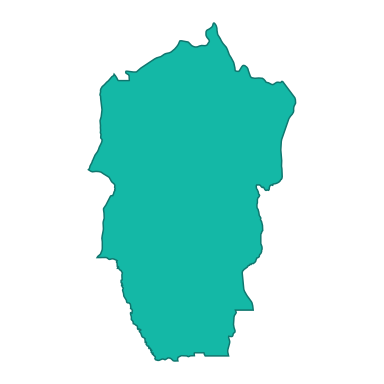 outline of Bandundu
{"feature_id": "COD-1871", "entity_name": "Bandundu", "entity_type": "Province", "adm_level": 1, "iso_a3": "COD", "parent_name": "Democratic Republic of the Congo", "parent_adm1": "", "projection": "robinson", "projection_center": [18.46, -4.427], "detail": "fine", "context": "isolated", "style": "filled", "palette": "teal", "viewbox_px": 384, "rotation_deg": 0, "n_neighbors": 0, "source": "natural_earth", "source_scale": "10m", "svg_char_len": 5981}
<svg xmlns="http://www.w3.org/2000/svg" viewBox="0 0 384 384"><path d="M100.5,125.5L100.1,121.2L100.1,120.5L101.2,116.6L102.0,109.8L100.7,98.8L100.6,96.6L100.5,95.9L100.1,95.3L100.0,94.6L100.6,91.8L100.5,90.1L100.8,89.0L101.3,88.1L102.2,86.6L104.4,84.7L106.7,82.2L108.4,80.8L111.9,76.7L113.7,75.5L114.1,74.2L115.4,75.8L116.7,77.8L117.8,80.1L118.3,80.5L119.0,80.6L128.8,80.6L129.3,80.5L129.1,75.7L128.5,74.7L126.3,73.4L125.9,73.0L125.7,72.0L126.1,71.2L127.3,71.2L133.3,72.0L135.2,72.0L136.5,71.9L140.8,68.1L154.5,59.0L156.6,57.9L160.9,56.6L164.4,54.2L165.8,53.6L169.4,52.8L171.1,52.0L174.6,49.1L176.8,46.6L178.3,44.4L179.6,41.4L179.9,40.9L180.4,40.8L181.6,40.8L188.0,42.0L188.5,42.3L191.2,45.1L191.7,45.6L193.2,46.4L195.0,47.0L197.3,46.9L199.5,46.0L201.7,45.5L205.0,45.7L206.6,45.3L207.4,44.5L208.3,43.0L209.0,42.0L209.3,41.5L209.3,40.8L208.8,39.6L207.0,37.4L206.2,35.8L206.0,35.0L206.0,32.7L206.1,31.6L206.6,30.6L207.1,30.1L209.6,28.8L211.7,27.2L212.5,26.1L213.2,23.7L213.5,23.2L214.0,23.0L214.6,23.4L215.5,24.5L216.3,26.0L216.9,28.2L217.0,30.4L217.6,34.0L217.8,34.7L220.3,38.7L221.4,41.0L223.0,43.5L226.3,47.3L227.4,49.6L229.3,54.8L231.2,57.8L233.5,62.1L233.9,63.3L234.9,67.9L235.1,70.2L235.3,70.7L236.3,71.2L238.3,71.4L238.8,71.3L239.6,70.4L241.6,67.0L242.5,65.9L243.1,65.5L243.8,65.4L244.9,65.7L246.7,67.1L247.4,68.0L247.9,68.9L248.4,70.8L250.3,76.2L251.1,77.3L251.6,77.7L254.8,78.3L258.8,78.0L262.4,78.3L263.7,79.2L265.0,80.6L265.8,81.8L266.3,82.3L268.5,82.8L271.1,84.2L272.1,84.5L272.8,84.6L273.4,84.4L276.5,82.4L277.9,82.2L280.4,82.6L280.9,82.4L281.6,81.5L282.1,81.4L282.8,81.7L294.8,97.7L295.4,99.6L295.6,103.1L294.0,106.4L293.8,107.2L293.6,109.0L293.7,110.8L293.4,112.2L292.3,114.1L290.4,116.3L288.9,118.6L281.7,139.4L281.3,141.5L280.8,149.9L281.7,160.7L281.5,166.2L281.9,168.8L282.2,176.7L281.9,178.4L281.4,179.3L280.9,179.4L280.2,180.8L279.0,182.0L277.5,182.9L275.7,183.6L273.4,184.0L272.9,184.3L272.7,185.3L272.4,185.3L271.7,184.9L270.7,185.2L270.0,185.8L269.6,186.7L269.3,187.8L269.2,189.2L268.6,190.3L268.4,190.3L267.6,190.0L266.1,190.4L265.6,190.3L264.9,189.6L263.8,187.7L263.0,187.1L262.3,187.5L261.5,186.9L260.2,185.3L259.2,184.9L256.6,185.0L256.3,185.7L256.2,186.4L256.5,188.6L257.3,189.7L258.3,192.0L258.6,194.0L259.3,194.7L259.6,195.3L259.0,196.8L258.0,197.7L257.4,199.5L257.4,202.9L257.0,204.0L256.9,205.8L257.0,207.5L257.2,208.1L258.1,209.6L258.4,210.9L258.7,211.8L259.3,215.5L260.7,217.7L260.8,218.2L260.5,219.4L260.6,220.0L261.5,221.4L262.5,225.4L262.7,230.6L262.4,231.0L261.9,231.4L261.5,233.0L260.9,234.0L260.8,234.9L260.8,243.6L261.9,246.5L262.1,248.1L262.0,249.5L261.6,250.2L261.6,251.6L261.2,252.7L260.8,253.5L259.6,254.7L259.2,256.7L258.2,257.5L256.9,258.0L256.1,259.7L255.7,261.2L254.8,262.4L253.2,263.6L252.1,263.5L251.7,263.7L251.0,264.5L250.2,264.2L249.4,265.3L248.3,265.6L247.1,267.3L246.3,267.7L245.8,268.3L244.3,269.2L243.2,270.5L242.6,271.1L242.2,272.8L243.8,289.3L244.5,291.3L246.9,295.5L251.4,301.7L252.0,302.9L252.7,305.7L253.2,310.1L235.4,310.1L236.2,312.4L236.0,313.1L234.4,315.6L234.0,317.1L233.5,324.5L234.0,327.5L235.0,330.6L235.0,332.0L233.8,333.1L233.2,333.9L232.8,335.7L232.2,336.4L231.4,336.6L228.7,336.3L228.6,337.5L229.7,341.2L229.7,342.3L229.5,343.5L227.8,349.8L227.7,351.2L227.8,352.4L228.6,355.9L205.2,355.9L204.3,354.3L204.1,353.0L203.7,352.8L194.8,352.8L194.3,353.1L194.2,354.0L194.4,355.7L190.9,355.8L190.2,355.9L188.7,356.6L188.2,356.6L186.7,355.9L181.7,355.7L181.0,355.8L178.8,356.9L178.0,357.4L177.7,358.4L177.6,359.7L177.9,360.9L174.3,361.0L173.2,360.7L171.1,358.7L169.9,358.1L168.6,357.9L167.9,358.0L165.4,359.6L164.9,359.7L163.5,359.1L162.3,359.0L158.9,360.4L157.8,360.4L155.5,359.7L154.9,358.6L155.3,357.3L155.2,356.6L153.6,355.3L153.0,353.4L152.4,354.0L152.2,353.6L152.4,353.1L151.6,352.6L151.1,352.0L151.8,350.5L151.3,349.9L150.7,350.1L150.5,348.7L149.3,348.5L149.7,348.1L149.7,347.8L148.9,347.7L148.7,347.3L148.7,346.3L148.3,346.1L147.4,346.0L147.0,345.3L146.3,344.6L146.1,344.0L146.5,343.1L146.5,342.7L145.8,342.4L146.0,342.2L145.8,341.8L145.2,342.1L145.1,340.3L144.9,339.5L145.1,338.7L144.3,338.0L142.3,336.9L141.7,335.9L141.0,333.7L140.5,332.6L139.5,331.7L139.4,331.2L139.6,330.7L140.6,330.2L140.8,330.0L140.6,329.6L139.4,329.2L138.8,328.8L138.6,328.9L138.3,329.5L137.7,329.1L137.5,328.4L137.5,326.8L137.3,326.2L136.8,325.7L135.8,325.1L134.4,324.0L133.3,323.7L133.2,323.1L133.1,321.7L132.4,320.6L131.5,319.8L131.3,319.4L131.4,316.9L130.5,313.9L130.6,312.8L131.9,313.2L132.0,312.2L132.4,310.7L131.7,309.1L131.4,308.9L130.6,308.6L130.6,308.1L130.8,307.5L130.5,304.9L130.1,303.8L129.1,303.0L127.6,302.8L127.2,302.6L126.7,302.1L126.3,300.1L124.1,296.6L123.8,295.9L123.5,293.4L122.6,290.3L122.7,289.5L123.2,288.5L123.3,288.1L122.2,286.7L122.2,286.2L122.5,285.5L121.6,285.5L121.6,285.0L122.2,283.8L122.1,283.2L121.6,283.2L121.4,283.0L121.1,282.4L121.1,280.6L121.2,280.2L122.2,279.8L122.2,279.4L122.0,278.1L121.9,274.8L122.4,272.8L121.3,271.2L121.2,270.6L119.7,269.8L119.0,268.8L118.5,268.3L117.7,268.3L118.6,267.1L118.4,266.7L117.5,267.0L117.3,266.5L117.1,263.1L116.5,262.1L116.5,261.8L117.2,260.7L115.4,259.7L113.1,258.8L111.6,258.9L109.7,259.4L109.0,259.3L106.8,257.7L105.8,257.5L97.1,257.6L97.7,256.5L100.4,254.2L102.0,250.4L102.2,249.4L102.3,248.0L102.3,241.9L101.9,238.3L102.2,235.8L103.3,230.1L103.4,228.4L103.1,223.0L103.3,221.4L104.2,218.3L104.0,213.0L103.6,210.5L103.5,208.8L104.0,207.8L105.9,205.1L110.4,196.3L110.8,195.9L111.3,195.7L112.8,195.6L113.0,194.8L113.4,194.2L114.0,192.1L114.4,191.2L114.9,190.6L114.7,189.8L115.1,188.4L114.6,187.2L114.9,185.7L114.8,185.1L114.1,183.9L112.1,182.2L111.5,181.5L109.3,177.6L108.7,177.0L103.6,173.9L101.0,172.1L98.9,171.6L95.9,171.4L92.5,171.8L91.1,171.4L88.4,169.7L89.4,168.6L90.1,165.9L91.9,162.6L92.6,160.4L93.1,159.8L93.4,158.8L95.1,155.0L97.6,151.5L98.5,149.5L99.3,147.1L101.3,143.1L101.8,141.8L102.1,139.8L101.9,139.3L101.0,138.4L100.7,137.5L101.0,134.4L100.4,132.8L100.6,130.3L100.4,127.7L100.5,125.5Z" fill="#14b8a6" stroke="#0f766e" stroke-width="1.5"/></svg>